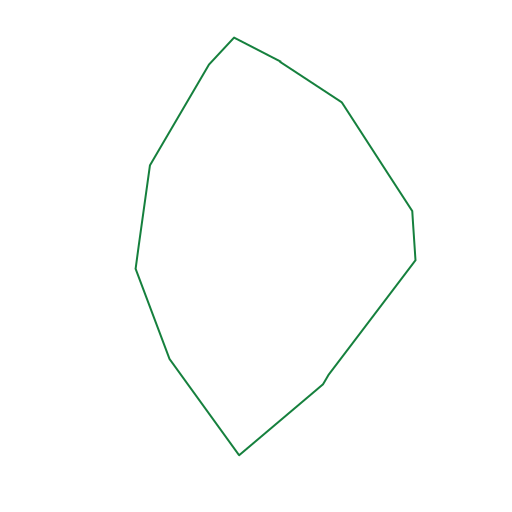 outline of Forestiere, Castries, Saint Lucia, rotated 31°
{"feature_id": "8701671B66587320665101", "entity_name": "Forestiere", "entity_type": "district", "adm_level": 2, "iso_a3": "LCA", "parent_name": "Saint Lucia", "parent_adm1": "Castries", "projection": "natural_earth1", "projection_center": [-60.956, 13.977], "detail": "fine", "context": "isolated", "style": "outline", "palette": "green", "viewbox_px": 512, "rotation_deg": 31, "n_neighbors": 0, "source": "geoboundaries", "source_scale": "gbopen_adm2", "svg_char_len": 564}
<svg xmlns="http://www.w3.org/2000/svg" viewBox="0 0 512 512"><g transform="rotate(31 256 256)"><path d="M379.5,331.5L379.5,331.1L379.5,328.8L379.4,320.3L384.3,275.4L384.4,274.5L394.6,180.3L394.6,180.1L394.9,177.5L372.1,144.7L366.8,137.0L327.2,117.7L251.2,80.5L250.2,80.1L184.8,77.5L176.9,77.2L176.7,76.7L164.7,77.5L124.8,80.1L124.7,80.4L124.5,81.1L117.1,116.1L118.1,207.0L118.4,232.9L150.4,308.1L159.1,328.3L159.3,328.9L225.2,381.1L234.9,388.8L343.7,435.3L344.2,435.3L377.3,338.0L378.1,335.6L379.5,331.5Z" fill="none" stroke="#15803d" stroke-width="2"/></g></svg>